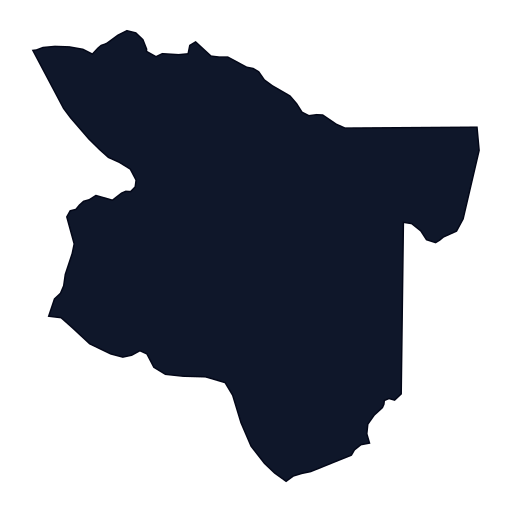 SVG path tracing the border of Simiyu
{"feature_id": "TZA-5585", "entity_name": "Simiyu", "entity_type": "Region", "adm_level": 1, "iso_a3": "TZA", "parent_name": "United Republic of Tanzania", "parent_adm1": "", "projection": "albers", "projection_center": [34.096, -3.023], "detail": "fine", "context": "isolated", "style": "filled", "palette": "ink", "viewbox_px": 512, "rotation_deg": 0, "n_neighbors": 0, "source": "natural_earth", "source_scale": "10m", "svg_char_len": 1426}
<svg xmlns="http://www.w3.org/2000/svg" viewBox="0 0 512 512"><path d="M126.9,30.7L135.8,32.9L142.9,39.7L146.6,49.1L146.5,51.4L156.0,56.7L162.3,53.7L178.6,54.7L188.1,53.8L189.8,45.4L195.6,41.9L211.0,56.1L219.4,57.1L227.8,57.1L246.6,67.2L253.2,68.5L258.7,71.8L264.3,79.9L272.2,85.7L290.0,96.0L296.6,103.7L302.0,112.2L308.9,115.7L316.6,114.7L322.7,115.0L336.2,124.2L345.0,128.1L477.0,127.2L479.1,150.4L463.1,218.9L456.5,231.1L443.4,237.0L439.7,240.1L435.6,242.6L426.5,239.7L420.8,230.9L411.7,223.6L403.4,222.3L401.2,393.9L394.6,400.1L389.0,398.5L384.3,400.5L383.9,404.2L382.4,407.6L374.2,415.1L367.8,424.2L366.8,433.8L369.5,443.1L360.9,444.7L354.4,449.9L351.4,455.1L310.6,471.6L301.9,473.4L293.3,476.0L286.1,481.3L274.6,473.0L264.5,463.4L251.1,446.2L241.0,422.7L232.7,395.3L225.1,382.6L205.4,376.8L183.2,376.2L165.4,374.3L153.9,367.3L146.9,353.9L139.9,350.7L131.7,355.2L122.8,357.1L110.7,353.9L89.7,343.8L72.6,327.9L61.1,317.7L48.7,316.2L54.5,298.9L60.5,293.3L63.7,285.8L65.3,274.4L72.2,253.6L74.2,243.9L66.8,216.9L70.2,210.8L75.9,209.4L79.5,205.0L83.6,201.3L89.3,199.7L95.9,195.5L112.4,200.2L121.6,193.1L125.8,191.3L130.6,191.6L135.2,186.9L136.1,180.1L130.3,169.1L119.3,162.3L108.4,157.4L99.7,149.6L89.1,139.2L70.7,117.9L63.6,108.4L32.9,50.4L36.4,50.0L43.0,47.5L54.9,46.4L69.3,46.9L82.9,49.3L92.4,54.1L98.0,48.1L101.2,45.4L104.8,44.2L107.0,43.2L117.9,35.2L126.9,30.7Z" fill="#0f172a" stroke="#020617" stroke-width="1.5"/></svg>